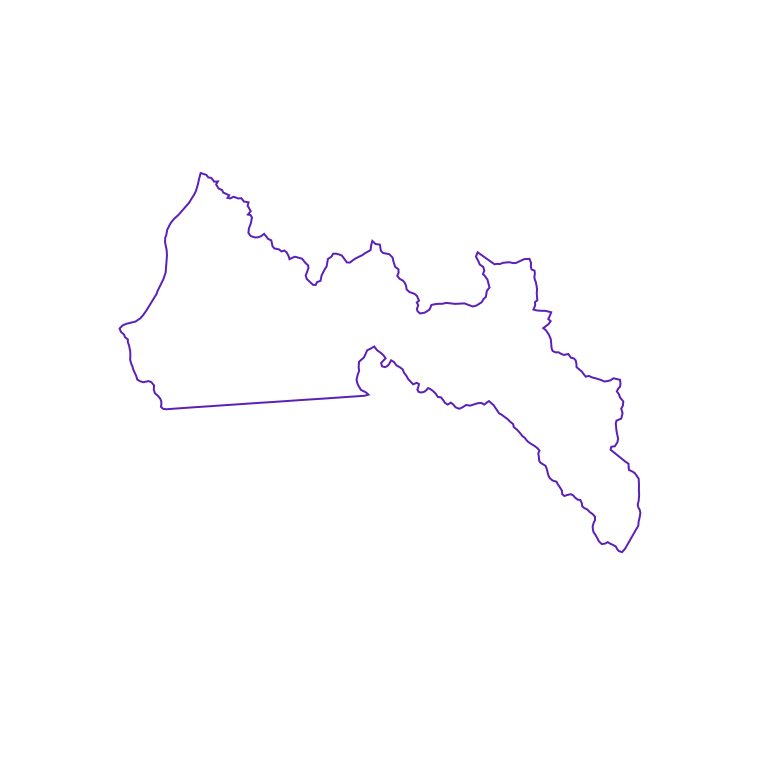 outline of Aragominas, Tocantins, Brazil, rotated 322°
{"feature_id": "56859067B19572205876105", "entity_name": "Aragominas", "entity_type": "district", "adm_level": 2, "iso_a3": "BRA", "parent_name": "Brazil", "parent_adm1": "Tocantins", "projection": "mercator", "projection_center": [-48.592, -6.989], "detail": "fine", "context": "isolated", "style": "outline", "palette": "violet", "viewbox_px": 768, "rotation_deg": 322, "n_neighbors": 0, "source": "geoboundaries", "source_scale": "gbopen_adm2", "svg_char_len": 5470}
<svg xmlns="http://www.w3.org/2000/svg" viewBox="0 0 768 768"><g transform="rotate(322 384 384)"><path d="M209.8,177.5L208.8,181.0L209.6,184.9L208.7,187.8L209.6,191.1L207.8,193.6L206.8,196.8L205.6,199.0L204.3,201.8L201.8,205.2L198.9,208.6L197.3,212.4L196.6,215.2L195.3,218.3L194.5,221.7L193.7,225.1L192.3,228.6L193.5,231.7L195.7,234.7L198.2,235.7L200.4,236.9L201.8,239.3L201.9,243.7L199.4,246.3L197.8,250.0L198.6,254.4L198.6,257.8L197.8,260.6L196.1,262.9L194.2,264.7L194.6,267.5L196.7,269.7L220.6,285.8L226.9,290.1L233.5,294.6L239.9,298.9L278.3,324.9L282.6,327.9L308.8,345.6L319.8,353.1L326.8,357.9L344.0,369.5L357.3,378.5L361.5,381.3L365.2,382.8L364.7,379.8L363.7,377.5L362.2,374.6L362.8,369.6L363.6,366.5L365.1,363.6L367.3,361.9L369.4,360.2L372.6,358.3L374.1,355.5L376.2,353.1L378.1,351.1L381.1,350.9L384.4,350.8L387.5,349.2L391.5,347.1L395.9,348.0L399.4,348.4L399.3,353.0L400.6,357.3L401.3,361.1L401.0,364.8L397.9,365.2L394.7,365.6L393.3,368.8L395.2,371.4L398.2,371.9L400.7,371.3L404.2,369.7L405.4,372.8L405.3,377.3L406.7,380.2L407.7,383.9L406.7,387.7L406.7,391.3L406.1,395.1L406.4,398.3L406.8,402.2L410.5,403.2L411.5,405.6L409.2,407.5L406.8,409.0L406.4,411.4L407.8,413.4L410.5,414.8L413.2,415.0L416.3,414.4L417.5,416.8L418.4,420.2L418.8,423.9L418.4,427.3L420.7,429.6L420.7,433.5L420.4,436.4L421.6,439.5L425.2,439.8L425.9,442.7L426.1,446.5L428.0,449.8L431.4,450.7L435.8,451.1L438.7,454.2L442.2,455.4L446.1,456.9L449.1,458.9L450.3,461.9L453.1,461.9L456.2,462.1L456.7,465.0L457.4,468.1L457.1,471.2L456.9,474.7L456.6,477.9L457.8,480.6L458.8,484.4L459.8,487.8L460.2,491.4L461.1,495.1L459.7,497.8L460.7,501.7L461.0,506.2L461.0,510.5L461.8,512.9L461.7,515.5L461.9,518.0L462.9,521.4L464.5,525.5L465.4,529.1L465.5,532.2L462.9,533.6L461.1,536.9L459.0,540.0L458.9,542.5L459.8,545.0L460.9,547.9L459.8,551.6L458.1,555.2L457.1,557.7L456.7,560.4L457.4,563.8L459.8,567.2L459.2,570.0L459.0,573.8L458.5,577.7L456.6,580.5L457.2,583.3L460.4,584.4L463.4,585.9L464.5,588.3L464.6,591.0L465.4,594.3L467.3,596.3L466.4,600.1L464.9,602.4L465.4,605.1L466.9,607.8L467.3,611.6L468.4,615.2L468.5,618.6L466.4,621.2L463.4,622.7L460.7,624.7L458.9,627.5L457.9,629.8L457.7,633.1L457.2,636.8L456.5,640.2L457.1,644.3L460.3,646.0L462.9,646.3L463.8,648.8L465.4,651.8L466.6,654.8L466.1,657.5L466.2,660.2L468.1,663.1L472.9,662.1L492.2,654.2L497.2,652.2L499.7,649.4L503.2,646.6L506.6,643.5L508.0,640.7L508.4,637.9L509.6,635.3L512.7,632.9L515.3,630.1L517.1,628.1L519.1,625.1L521.3,622.4L523.3,619.8L526.4,615.4L526.8,609.1L526.2,606.7L524.1,602.4L527.6,597.3L526.4,593.7L524.4,585.2L522.1,575.3L524.5,573.4L527.6,575.2L532.1,573.6L534.9,571.1L536.5,567.7L538.0,564.7L539.9,561.6L542.5,557.6L544.7,556.0L549.7,557.3L554.1,553.8L555.7,549.5L558.8,548.2L561.8,545.1L561.8,542.6L561.7,539.8L562.8,536.9L562.9,533.2L565.8,531.8L568.3,531.4L570.5,529.4L572.6,526.0L570.6,523.6L568.4,520.8L564.6,520.5L561.6,519.1L559.3,517.8L557.6,514.7L555.0,510.8L552.1,507.0L550.4,503.8L547.5,502.4L547.4,498.9L547.5,495.8L546.1,489.3L548.2,486.3L549.6,483.4L549.4,480.8L547.5,478.3L547.7,473.8L543.7,471.9L542.1,469.3L541.1,466.5L538.7,464.7L537.2,461.9L537.9,459.4L539.2,457.2L540.7,455.0L543.1,451.2L544.3,446.5L544.7,441.4L543.9,438.0L548.1,438.1L550.8,438.1L554.0,437.1L553.5,433.9L556.6,432.4L559.9,430.4L557.7,427.6L556.1,425.6L552.9,423.1L549.7,420.1L547.6,417.3L551.6,415.1L553.4,412.4L556.3,412.5L558.8,408.7L560.4,406.3L562.8,403.8L564.6,400.7L566.4,397.1L567.1,394.6L568.4,392.2L571.1,389.6L572.4,387.3L570.8,384.6L571.8,382.1L574.4,379.1L575.7,375.0L571.5,372.0L567.0,370.9L562.2,369.8L560.3,368.3L557.5,365.0L552.6,361.9L549.0,360.7L547.2,359.0L544.8,357.7L538.9,337.9L534.9,340.2L533.9,345.6L533.0,348.9L534.3,352.7L532.8,356.5L529.6,358.3L530.0,360.8L529.8,365.5L527.6,370.4L526.6,372.9L522.4,373.9L517.9,378.1L514.8,378.3L511.3,379.7L505.2,379.1L501.7,377.6L497.0,370.0L489.3,364.6L483.1,358.5L479.2,356.6L475.0,353.4L470.1,350.9L465.7,353.4L460.2,352.9L455.9,350.7L455.2,347.6L456.0,345.2L459.5,343.0L460.0,340.0L462.9,339.9L464.2,334.7L463.5,331.7L460.7,327.2L460.0,323.6L461.9,320.0L462.7,316.6L462.5,314.0L461.1,310.9L461.0,307.0L464.1,305.2L466.0,302.5L464.9,298.6L465.7,296.3L467.3,292.3L468.6,289.6L468.1,285.0L463.9,280.1L463.6,277.0L466.6,271.6L463.5,268.5L462.9,264.1L459.0,267.0L455.9,270.2L449.2,269.2L446.0,269.1L443.1,268.4L438.5,267.5L434.9,267.3L431.8,267.3L429.6,265.3L429.9,256.9L428.1,253.9L426.3,251.6L424.0,250.0L421.2,251.3L416.7,251.0L411.2,256.0L408.0,257.1L401.7,260.0L397.5,263.6L394.0,262.5L391.1,263.9L389.1,262.1L387.8,253.7L389.1,250.3L395.9,246.1L397.2,243.8L396.6,239.9L396.6,234.8L392.3,229.0L389.7,228.1L386.4,227.5L387.6,224.4L388.3,220.2L387.6,217.5L384.8,216.4L384.1,213.2L381.1,209.8L380.9,207.0L383.6,201.4L382.0,198.4L382.0,191.9L377.8,191.8L374.8,190.7L372.4,188.9L370.0,185.3L370.2,181.4L373.4,178.2L378.4,175.1L382.5,171.4L382.8,168.6L381.1,166.7L385.4,165.7L386.3,159.5L389.1,157.5L385.9,153.9L386.0,149.8L383.3,148.0L382.0,145.8L380.6,143.8L377.1,143.1L375.3,141.0L378.2,140.0L375.2,134.2L375.8,131.5L374.0,128.0L374.6,123.3L377.8,122.1L374.7,120.0L374.8,115.3L372.7,113.0L372.8,109.9L369.4,104.9L364.6,108.5L360.0,112.3L354.5,116.2L351.1,117.8L341.8,121.2L326.1,124.2L320.1,124.6L314.8,125.9L308.1,129.0L304.0,132.7L301.7,134.0L298.8,137.4L295.1,144.8L292.1,149.1L280.6,161.7L274.5,165.7L262.8,171.3L260.5,172.9L242.0,179.8L235.9,181.6L232.5,182.2L226.6,181.8L220.6,179.1L218.0,177.9L213.9,176.9L209.8,177.5Z" fill="none" stroke="#5b21b6" stroke-width="2"/></g></svg>